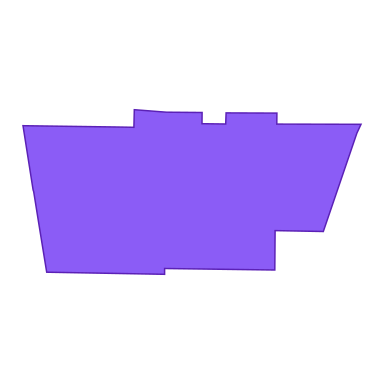 outline of Polk, Georgia, United States of America
{"feature_id": "52423323B20564023732309", "entity_name": "Polk", "entity_type": "district", "adm_level": 2, "iso_a3": "USA", "parent_name": "United States of America", "parent_adm1": "Georgia", "projection": "orthographic", "projection_center": [-85.188, 34.0], "detail": "fine", "context": "isolated", "style": "filled", "palette": "violet", "viewbox_px": 384, "rotation_deg": 0, "n_neighbors": 0, "source": "geoboundaries", "source_scale": "gbopen_adm2", "svg_char_len": 414}
<svg xmlns="http://www.w3.org/2000/svg" viewBox="0 0 384 384"><path d="M274.8,270.0L275.1,230.6L323.3,231.5L356.9,133.1L361.0,124.3L276.8,124.1L276.9,113.1L226.1,112.9L225.7,124.0L202.0,123.7L202.1,112.5L166.5,112.2L134.3,109.7L133.9,127.3L116.8,127.0L23.0,125.7L24.1,132.7L33.1,189.9L33.7,191.7L38.4,221.1L46.7,272.2L164.6,274.3L164.6,268.5L274.8,270.0Z" fill="#8b5cf6" stroke="#5b21b6" stroke-width="1.5"/></svg>